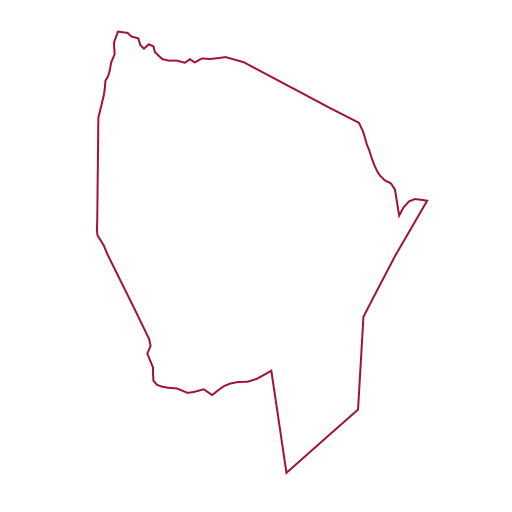 Reriutaba, Ceará, Brazil, rotated 94°
{"feature_id": "56859067B92344183297275", "entity_name": "Reriutaba", "entity_type": "district", "adm_level": 2, "iso_a3": "BRA", "parent_name": "Brazil", "parent_adm1": "Ceará", "projection": "orthographic", "projection_center": [-40.625, -4.113], "detail": "fine", "context": "isolated", "style": "outline", "palette": "rose", "viewbox_px": 512, "rotation_deg": 94, "n_neighbors": 0, "source": "geoboundaries", "source_scale": "gbopen_adm2", "svg_char_len": 1213}
<svg xmlns="http://www.w3.org/2000/svg" viewBox="0 0 512 512"><g transform="rotate(94 256 256)"><path d="M188.9,89.1L188.4,95.4L188.1,101.4L190.9,107.2L197.3,112.3L205.7,116.0L179.8,122.1L174.1,126.6L171.6,132.7L167.5,137.6L163.2,140.9L157.7,144.0L150.8,147.2L143.4,150.1L136.8,153.3L130.0,155.7L123.9,158.1L116.0,162.6L102.0,195.4L99.6,200.7L63.5,281.9L59.7,300.2L61.1,306.8L62.7,315.5L62.7,323.7L67.2,330.7L64.3,335.6L68.2,340.4L66.6,348.3L67.2,356.7L66.1,363.1L63.0,367.1L59.5,371.1L54.0,372.9L52.3,377.7L57.0,382.2L53.7,386.1L47.1,388.6L45.7,395.7L42.4,399.7L41.8,409.4L53.2,412.6L64.6,411.1L73.0,414.0L81.2,414.8L87.0,416.1L91.5,418.4L98.1,418.5L105.4,418.9L129.2,422.9L232.6,416.8L241.6,416.5L246.6,415.5L251.6,411.8L256.9,408.1L263.5,405.0L318.3,372.9L333.3,364.3L346.3,356.8L353.0,354.9L360.9,357.6L368.3,354.0L374.3,351.0L380.8,350.5L387.6,349.6L391.5,345.7L392.9,340.7L393.6,333.8L393.6,325.9L395.5,320.2L397.3,314.7L396.0,308.6L392.6,298.8L397.8,290.1L391.8,283.5L387.9,278.7L385.0,272.7L383.0,265.3L382.0,255.5L378.6,246.9L373.6,239.1L369.4,232.7L470.2,210.5L427.9,169.0L402.1,143.5L333.0,144.3L309.2,144.6L280.2,132.1L245.3,116.8L188.9,89.1Z" fill="none" stroke="#9f1239" stroke-width="2"/></g></svg>